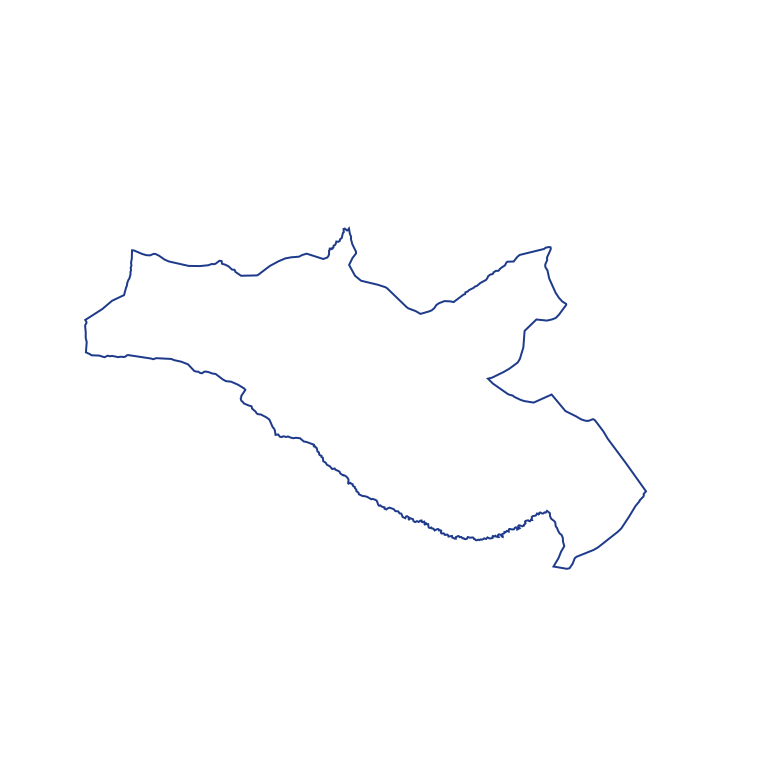 Djolu, Équateur, Democratic Republic of the Congo, rotated 142°
{"feature_id": "63176286B56364191841329", "entity_name": "Djolu", "entity_type": "district", "adm_level": 2, "iso_a3": "COD", "parent_name": "Democratic Republic of the Congo", "parent_adm1": "Équateur", "projection": "albers", "projection_center": [22.514, 0.679], "detail": "fine", "context": "isolated", "style": "outline", "palette": "blue", "viewbox_px": 768, "rotation_deg": 142, "n_neighbors": 0, "source": "geoboundaries", "source_scale": "gbopen_adm2", "svg_char_len": 6166}
<svg xmlns="http://www.w3.org/2000/svg" viewBox="0 0 768 768"><g transform="rotate(142 384 384)"><path d="M315.9,528.1L318.2,527.5L318.7,527.8L319.2,530.6L320.5,531.0L322.1,528.5L323.2,528.4L327.6,525.0L329.6,525.1L330.7,524.0L332.6,524.2L333.8,525.6L336.1,524.0L336.9,523.7L338.6,524.0L339.7,522.8L340.9,523.0L341.1,522.4L342.2,522.5L342.9,523.8L343.4,524.1L344.2,523.1L345.1,523.0L347.4,520.1L349.0,519.1L350.8,518.6L354.9,519.9L364.7,534.3L369.0,536.0L372.7,536.7L379.0,540.9L384.4,543.7L391.3,545.6L401.3,547.3L416.3,547.5L417.4,547.9L430.0,557.3L432.1,563.9L431.5,565.5L431.7,566.3L433.3,567.6L434.0,572.2L435.5,575.5L437.6,578.5L436.3,580.8L437.7,582.4L442.8,582.5L444.4,583.2L445.6,584.5L449.4,585.8L456.5,590.3L465.2,597.3L478.0,612.9L480.3,617.1L482.3,623.6L484.1,627.3L485.5,628.4L489.2,629.4L492.0,631.9L494.6,635.5L498.7,643.0L500.2,644.5L505.7,637.9L508.6,635.4L510.2,632.7L511.9,631.7L513.4,629.3L514.9,628.3L516.2,626.5L519.7,623.9L521.3,623.4L523.8,621.9L526.7,619.3L527.6,619.0L534.1,614.1L547.0,617.0L560.0,616.5L580.0,618.4L580.3,616.0L581.0,615.2L583.1,614.4L584.1,613.3L587.1,608.5L590.6,604.1L592.5,600.0L599.4,592.5L597.3,588.4L596.9,586.8L591.0,581.8L587.8,577.2L584.3,576.4L582.7,574.4L581.1,573.7L577.0,568.9L575.0,567.8L572.0,565.2L571.0,564.8L568.9,564.9L567.6,564.1L551.8,547.4L550.6,545.6L547.6,544.6L536.2,534.7L534.6,531.9L530.1,526.5L526.3,520.1L525.5,511.2L524.5,509.6L522.8,508.0L522.0,505.8L521.2,504.8L520.7,504.5L518.0,504.3L517.0,503.7L515.0,501.5L512.7,497.8L510.5,495.6L508.2,486.8L506.8,483.6L503.1,480.0L499.5,473.4L496.9,466.4L496.9,464.7L503.7,462.5L504.7,461.4L505.9,460.8L506.7,458.7L506.3,456.6L506.4,455.0L503.7,450.1L502.3,448.4L502.2,447.7L503.1,445.8L502.2,441.4L502.4,439.4L502.1,438.0L499.8,435.8L497.3,430.3L496.2,426.6L498.3,418.5L498.1,416.8L498.5,414.8L500.8,410.7L498.5,409.4L498.5,406.6L497.4,405.2L495.5,404.8L493.5,402.3L492.0,401.8L490.4,399.0L488.7,397.0L486.6,395.9L483.6,393.0L482.6,388.1L480.8,386.1L476.6,379.3L477.6,378.3L477.5,377.8L476.7,377.2L477.0,376.2L476.4,375.5L477.1,373.3L478.0,371.9L477.4,370.1L478.4,368.5L478.4,367.5L477.5,366.0L478.2,365.0L477.6,363.6L479.4,360.5L478.4,357.9L478.7,355.5L477.3,352.5L477.2,348.9L474.9,347.8L475.1,346.6L473.0,342.5L473.5,340.2L472.4,337.1L471.9,337.1L470.9,335.2L470.5,332.3L470.8,330.5L473.4,327.8L473.2,327.2L471.9,327.3L471.3,326.7L471.4,326.1L470.4,324.2L471.0,323.5L471.1,322.2L470.4,320.9L471.0,319.8L470.9,317.6L471.8,316.4L471.3,315.5L471.1,313.6L471.7,312.6L469.9,309.0L468.4,307.6L466.7,305.4L465.0,301.0L463.8,300.6L462.0,297.9L461.6,296.3L462.9,292.3L462.8,291.0L461.6,290.6L461.3,288.8L459.5,286.4L460.4,285.4L459.4,283.7L457.9,283.8L455.7,283.1L453.4,279.4L453.3,276.9L451.2,274.8L451.4,272.5L450.3,271.4L450.3,270.6L451.2,267.8L449.9,265.2L448.0,266.0L447.2,265.6L446.5,263.5L447.7,262.4L447.7,261.8L445.8,261.9L444.4,259.6L445.1,257.9L444.9,256.7L444.1,255.8L442.8,255.8L442.2,255.3L441.7,254.0L439.2,253.9L438.4,253.2L439.2,252.2L438.5,251.2L437.1,250.8L437.5,249.8L436.9,248.9L438.3,248.6L438.3,248.1L437.1,247.7L435.5,246.4L436.9,244.0L437.0,243.1L436.3,242.1L435.0,241.7L435.1,240.4L434.1,239.5L434.2,237.4L431.5,236.9L430.6,236.3L430.4,235.6L430.8,234.7L429.4,233.8L429.3,233.0L430.7,231.8L430.7,230.8L428.9,229.5L428.7,228.6L429.1,227.9L428.7,227.4L426.8,226.3L426.6,225.4L427.1,224.1L424.0,222.4L424.7,221.0L423.4,218.5L422.6,217.9L421.7,219.1L419.1,218.5L418.6,217.6L418.7,216.8L417.2,215.7L417.2,214.2L416.1,213.4L416.1,212.4L415.2,211.5L414.1,211.0L412.2,211.8L410.8,209.9L408.5,208.4L408.2,207.6L408.5,206.5L407.8,205.6L407.9,204.6L407.1,203.7L405.5,203.3L405.0,202.3L403.4,202.0L403.0,201.3L401.9,200.7L400.1,200.7L399.0,199.0L396.9,199.4L396.0,197.4L394.1,196.1L393.0,195.9L392.3,197.1L391.7,197.2L390.9,196.0L389.6,195.8L389.6,194.6L388.7,194.2L388.5,193.2L387.9,192.8L387.6,194.2L387.2,194.7L386.0,194.8L384.6,193.0L385.1,191.5L384.6,190.4L384.2,190.8L383.9,192.1L383.2,192.9L381.1,192.4L380.2,193.2L379.5,192.4L377.7,192.6L376.6,190.9L375.0,192.6L374.2,192.4L372.6,190.5L371.0,189.5L369.4,190.1L368.4,189.9L367.7,189.1L368.6,187.3L365.8,186.8L365.9,188.9L365.3,189.6L364.8,189.6L364.1,189.1L362.7,186.8L360.9,186.2L360.5,186.9L358.3,187.0L357.6,188.8L356.6,188.9L354.4,187.9L354.0,186.6L353.4,186.0L352.0,186.5L351.1,185.7L350.8,186.8L350.2,187.0L349.5,188.2L348.1,188.3L345.4,186.9L343.1,187.7L342.5,186.1L341.9,186.0L340.9,186.8L340.0,186.6L339.2,184.7L338.2,183.9L336.6,184.0L335.8,183.1L333.7,183.7L332.8,180.2L334.5,177.7L335.2,174.9L334.2,170.9L334.3,169.5L336.3,166.1L336.3,163.8L337.1,161.6L337.6,158.0L337.0,155.7L337.8,152.7L339.9,149.7L341.8,145.2L347.6,142.9L353.6,139.4L362.8,135.8L353.6,125.7L351.2,124.6L346.1,126.2L340.9,129.3L338.6,129.3L321.0,124.2L316.1,123.5L290.9,123.6L285.9,124.1L272.5,128.6L261.0,133.0L254.6,134.4L254.2,134.9L248.9,135.6L247.9,136.1L247.1,137.5L243.6,138.1L242.1,173.2L241.4,203.0L240.3,211.8L240.1,225.1L240.5,226.9L241.1,227.7L245.4,229.0L247.2,230.3L248.9,232.4L250.6,235.2L252.5,240.1L257.7,251.0L258.4,272.5L277.5,277.2L284.1,284.3L286.3,287.7L289.2,293.5L289.7,295.6L292.1,298.8L292.7,300.2L297.9,317.2L298.8,324.2L295.0,322.5L282.4,319.8L275.9,318.9L265.4,318.6L261.5,320.1L251.7,327.0L240.5,339.3L224.2,341.0L216.5,333.6L211.5,331.3L207.9,330.3L203.5,330.9L191.6,334.2L191.2,335.1L192.7,339.1L193.1,344.1L192.6,350.2L188.9,365.3L185.3,372.8L184.9,376.4L184.5,377.5L183.2,379.0L179.1,381.2L177.7,383.3L170.4,387.1L169.2,388.0L168.6,389.2L169.6,390.3L172.4,391.8L174.8,391.9L197.7,402.2L200.7,402.1L206.4,400.7L211.5,404.4L212.6,404.4L215.7,403.0L219.7,403.4L222.0,403.3L223.7,402.8L224.6,403.0L226.2,404.3L229.0,404.5L230.0,403.9L230.9,403.8L232.8,404.8L235.6,404.8L237.6,403.7L239.6,403.2L246.0,404.3L250.5,404.1L252.3,404.8L254.2,404.6L259.0,405.6L261.3,405.4L263.4,406.1L264.7,404.9L266.5,405.5L278.7,405.7L281.0,408.4L285.3,412.1L290.9,413.8L294.1,414.0L297.6,412.8L301.1,412.7L303.9,413.5L312.1,416.8L314.2,422.0L318.3,428.7L318.9,431.1L322.6,457.5L323.3,459.4L327.6,465.8L338.5,479.5L340.2,487.1L338.2,499.3L331.2,502.7L325.7,504.1L324.6,505.5L322.9,513.7L320.8,518.6L319.3,520.3L318.4,523.4L315.9,528.1Z" fill="none" stroke="#1e3a8a" stroke-width="2"/></g></svg>